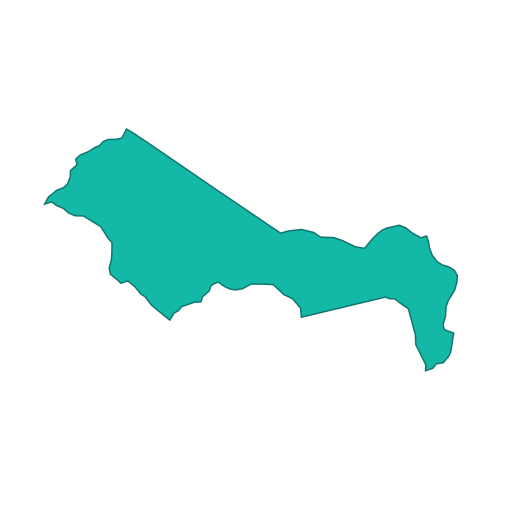 outline of Tuparetama, Pernambuco, Brazil, rotated 343°
{"feature_id": "56859067B75431744769598", "entity_name": "Tuparetama", "entity_type": "district", "adm_level": 2, "iso_a3": "BRA", "parent_name": "Brazil", "parent_adm1": "Pernambuco", "projection": "mercator", "projection_center": [-37.256, -7.697], "detail": "fine", "context": "isolated", "style": "filled", "palette": "teal", "viewbox_px": 512, "rotation_deg": 343, "n_neighbors": 0, "source": "geoboundaries", "source_scale": "gbopen_adm2", "svg_char_len": 1528}
<svg xmlns="http://www.w3.org/2000/svg" viewBox="0 0 512 512"><g transform="rotate(343 256 256)"><path d="M422.5,387.5L414.7,381.7L414.6,376.7L419.6,369.0L423.0,359.9L427.2,354.4L435.8,346.9L440.2,340.3L442.9,333.6L441.3,327.4L437.2,322.8L431.4,318.9L427.6,314.4L424.8,307.0L424.2,299.0L425.2,292.4L425.0,286.7L419.0,286.8L411.9,279.4L407.5,272.9L402.1,268.5L394.7,268.0L389.6,267.5L384.9,268.0L378.7,270.2L371.8,274.0L362.0,280.4L353.6,276.2L342.8,266.2L335.4,261.0L323.3,256.9L318.1,250.4L307.3,243.9L294.1,241.5L286.2,241.4L236.2,179.4L184.8,115.0L179.6,108.8L175.9,104.1L169.3,96.7L162.2,104.1L155.8,103.4L148.9,101.4L143.2,101.9L138.7,104.7L133.6,105.1L126.7,107.1L117.2,108.1L112.0,110.6L111.4,116.5L103.6,120.0L101.6,125.8L96.9,132.1L91.7,134.4L84.7,134.9L74.8,138.9L69.1,144.5L76.5,144.5L80.0,149.4L85.9,154.3L89.3,160.0L94.7,164.6L102.6,167.2L116.1,182.5L120.0,196.5L122.2,200.9L119.4,210.1L116.6,217.3L112.0,224.8L111.5,231.0L116.6,238.4L118.9,242.6L126.2,242.4L131.2,249.9L134.8,258.8L137.9,262.3L141.7,272.4L150.8,286.2L154.8,292.1L160.9,286.6L165.9,285.6L169.8,282.7L183.5,282.2L189.9,283.7L192.9,279.4L201.1,275.7L204.5,271.0L211.9,269.7L217.5,276.5L221.8,280.2L226.4,282.4L233.5,283.4L243.2,281.4L254.9,285.1L264.1,288.4L271.4,301.1L278.5,307.5L283.4,318.9L281.5,327.8L367.7,333.1L371.4,336.0L376.2,337.5L379.9,343.0L386.3,351.0L385.4,377.8L382.9,387.5L386.6,409.7L384.6,415.3L392.4,415.0L397.0,411.8L404.0,412.8L411.2,408.0L414.2,404.6L422.5,387.5Z" fill="#14b8a6" stroke="#0f766e" stroke-width="1.5"/></g></svg>